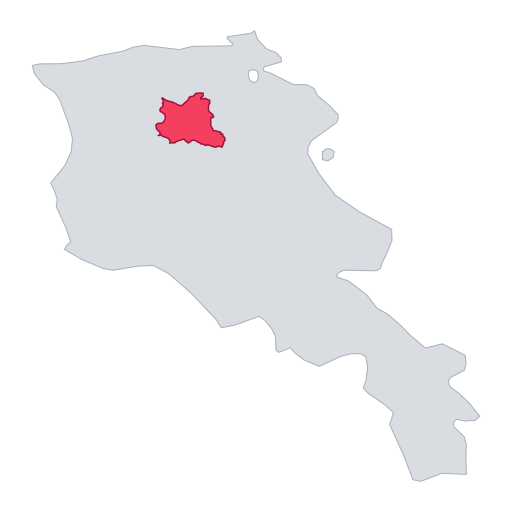 Gugark, Lori, Armenia shown in context
{"feature_id": "60910142B58118729111038", "entity_name": "Gugark", "entity_type": "district", "adm_level": 2, "iso_a3": "ARM", "parent_name": "Armenia", "parent_adm1": "Lori", "projection": "mercator", "projection_center": [44.544, 40.817], "detail": "fine", "context": "in_parent", "style": "filled", "palette": "rose", "viewbox_px": 512, "rotation_deg": 0, "n_neighbors": 0, "source": "geoboundaries", "source_scale": "gbopen_adm2", "svg_char_len": 3876}
<svg xmlns="http://www.w3.org/2000/svg" viewBox="0 0 512 512"><path d="M221.3,327.8L216.4,319.9L191.7,293.7L168.8,273.7L153.1,265.4L137.3,266.2L112.7,270.3L103.7,268.6L82.3,259.8L64.5,249.4L66.9,245.0L70.7,241.9L66.2,228.3L56.2,206.5L57.3,199.6L54.1,190.1L50.7,182.9L64.7,165.8L71.1,152.0L72.5,138.5L68.8,124.5L59.5,99.1L53.9,91.7L43.3,84.8L34.4,73.5L32.2,65.5L39.7,63.9L61.4,63.7L82.5,61.0L99.0,55.7L123.0,51.2L132.8,47.3L144.3,45.4L179.3,49.6L192.3,46.4L231.7,45.8L232.7,44.1L227.4,38.7L227.4,36.7L250.8,33.3L254.5,30.7L257.5,39.3L266.3,48.8L276.0,52.6L281.1,57.9L281.4,61.9L264.3,66.7L263.2,69.1L264.3,71.4L269.4,72.6L293.2,84.5L306.8,84.8L313.9,88.4L317.5,95.5L328.9,105.2L337.9,114.5L338.4,117.8L336.7,122.5L311.4,140.8L308.2,147.1L307.8,153.8L318.9,173.6L335.3,195.2L359.0,211.6L391.6,229.4L392.0,240.4L386.8,253.4L382.4,262.3L380.4,268.3L376.4,270.8L344.0,270.2L339.1,272.3L337.0,274.9L336.8,277.0L348.5,281.0L366.7,294.9L377.1,308.4L388.0,314.3L400.3,325.1L410.1,335.1L425.3,348.0L442.4,343.8L465.1,355.2L466.1,363.1L464.6,370.0L450.3,377.6L448.6,380.8L448.6,383.4L450.4,387.1L458.8,393.3L468.7,402.5L479.8,416.3L474.9,420.4L464.5,421.0L456.4,419.3L453.6,422.1L453.7,426.6L464.3,437.0L466.3,444.6L465.9,457.8L466.4,474.4L441.8,473.3L420.8,481.3L412.9,479.7L407.6,465.6L403.1,454.1L389.7,424.7L393.4,412.6L385.9,405.6L367.9,393.0L363.3,387.8L365.9,380.7L367.6,367.6L365.9,357.0L361.1,353.8L352.1,353.6L341.2,356.2L319.3,366.4L304.1,359.9L295.3,353.3L290.2,347.8L278.8,352.4L276.0,350.2L275.4,336.5L272.0,329.2L265.2,320.6L258.8,316.4L235.4,324.9L221.3,327.8ZM257.6,80.6L258.4,75.5L257.3,71.0L253.5,69.6L248.8,70.8L248.4,75.8L249.9,80.6L254.6,82.7L257.6,80.6ZM332.9,157.9L327.5,161.0L322.4,159.6L322.4,151.8L326.1,148.8L330.3,148.9L334.3,151.7L332.9,157.9Z" fill="#d9dde1" stroke="#a8b0b8" stroke-width="1"/><path d="M158.7,135.4L159.7,135.5L160.8,134.9L160.9,135.0L162.7,136.4L165.7,137.2L168.1,138.3L169.2,139.4L170.0,141.2L169.9,142.5L169.9,143.1L171.5,142.7L173.6,143.0L174.6,142.8L177.1,141.2L183.2,139.2L184.4,139.4L185.7,141.2L187.2,142.0L187.8,142.8L188.5,142.9L189.6,142.3L191.9,140.3L194.3,140.2L196.1,140.9L198.2,142.4L199.6,142.6L200.6,143.8L201.5,144.0L202.6,144.0L203.4,144.3L205.5,145.3L206.3,145.4L207.5,145.0L208.6,145.0L214.9,147.2L216.3,147.0L217.4,146.4L218.2,146.3L219.6,146.3L222.0,147.2L223.0,144.8L223.5,143.4L223.7,141.9L224.7,140.9L225.0,139.8L224.8,138.4L224.3,137.2L222.8,136.0L222.9,134.4L222.4,134.1L221.8,134.0L220.9,134.2L220.8,132.4L219.6,131.8L218.5,131.8L217.3,131.3L216.5,131.0L213.9,130.7L213.3,130.6L212.8,129.2L211.9,127.7L210.8,125.8L210.8,124.3L210.7,122.6L210.7,121.3L210.7,120.1L210.9,117.6L211.7,117.6L212.6,117.6L213.7,116.9L213.5,116.3L213.0,115.3L212.6,114.5L212.0,113.9L211.0,113.2L209.9,112.3L208.9,111.1L208.5,109.9L208.5,109.1L208.5,107.7L208.5,106.0L208.8,104.8L208.8,104.6L209.0,104.0L209.7,103.5L209.7,102.5L209.7,101.3L209.7,100.2L208.5,99.9L207.2,99.4L205.5,98.3L203.6,98.9L202.0,98.9L200.9,98.9L200.7,97.9L201.2,97.2L202.3,97.0L203.1,96.1L203.1,94.5L203.1,93.3L201.8,93.0L200.8,93.1L198.7,93.1L195.6,93.5L194.8,94.7L193.1,96.3L191.2,96.5L189.3,97.2L188.6,98.8L187.7,100.3L186.3,101.6L184.4,103.0L183.1,104.8L180.9,105.6L178.9,105.3L177.6,104.8L176.4,103.9L175.2,103.5L173.8,102.6L172.6,102.1L169.5,101.4L166.9,100.6L164.7,99.5L162.7,98.0L161.9,98.3L163.0,100.1L163.5,102.0L162.4,103.2L162.8,104.0L163.0,105.4L163.0,106.6L161.9,107.2L161.6,107.4L160.8,108.0L160.3,108.8L160.0,109.7L160.0,110.6L160.5,111.7L162.0,112.0L162.9,113.0L164.2,113.9L165.0,115.3L165.3,116.5L165.3,118.1L164.9,119.5L164.3,120.7L163.5,121.8L163.4,122.0L162.5,123.0L161.5,123.2L161.3,123.2L159.6,123.3L158.3,123.4L157.2,123.7L156.3,124.5L156.0,125.9L156.2,127.3L156.3,127.9L156.9,129.4L157.8,130.4L158.2,130.8L158.3,130.9L159.2,131.5L159.9,132.5L160.2,133.4L159.8,134.3L158.7,135.4Z" fill="#f43f5e" stroke="#9f1239" stroke-width="1.5"/></svg>